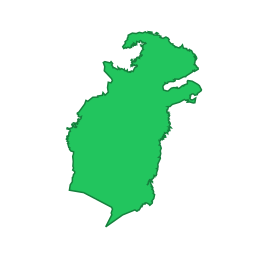 outline of Konawe Selatan, Sulawesi Tenggara, Indonesia, rotated 296°
{"feature_id": "22746128B90195550492320", "entity_name": "Konawe Selatan", "entity_type": "district", "adm_level": 2, "iso_a3": "IDN", "parent_name": "Indonesia", "parent_adm1": "Sulawesi Tenggara", "projection": "orthographic", "projection_center": [122.598, -4.26], "detail": "fine", "context": "isolated", "style": "filled", "palette": "green", "viewbox_px": 256, "rotation_deg": 296, "n_neighbors": 0, "source": "geoboundaries", "source_scale": "gbopen_adm2", "svg_char_len": 5937}
<svg xmlns="http://www.w3.org/2000/svg" viewBox="0 0 256 256"><g transform="rotate(296 128 128)"><path d="M68.1,181.5L71.0,182.7L72.4,182.3L72.6,181.4L75.9,182.1L79.8,181.1L80.3,179.3L81.8,179.1L83.2,177.7L83.5,175.8L83.7,177.0L85.0,176.2L85.8,174.6L85.2,174.1L85.9,174.4L85.9,175.6L88.2,172.6L89.7,172.3L89.2,172.0L89.1,171.3L89.4,172.1L89.5,171.3L90.4,171.8L90.1,170.4L88.3,170.1L86.7,170.7L84.9,170.0L86.9,170.5L88.8,169.9L91.0,170.1L90.9,171.2L91.5,171.7L92.1,171.6L92.0,170.8L92.2,172.1L94.6,172.9L96.7,172.3L96.4,173.2L96.9,173.0L97.5,174.1L99.0,174.0L100.0,173.3L103.8,172.8L104.1,171.6L104.8,172.4L106.5,171.9L108.6,170.6L114.9,170.4L115.6,169.9L115.2,168.5L116.7,169.2L119.3,168.7L121.7,167.0L124.4,166.7L126.6,164.6L126.4,163.5L128.1,163.7L130.5,161.4L130.9,162.6L132.3,162.1L132.4,163.8L132.9,163.7L133.6,164.8L134.2,164.2L133.6,163.0L135.3,162.9L135.2,164.5L136.4,165.9L137.2,165.0L136.9,164.4L137.4,164.5L136.6,163.2L137.5,162.9L139.0,163.5L139.8,163.0L139.8,164.1L140.8,164.8L140.4,166.1L141.7,165.4L142.9,165.8L143.3,165.1L144.1,166.7L144.9,166.0L145.0,164.9L146.3,165.4L146.5,164.6L147.1,166.7L147.6,165.7L147.0,164.8L148.3,164.1L150.1,164.2L150.9,163.5L150.2,161.9L151.4,162.9L152.6,161.0L153.5,160.6L154.2,161.1L154.7,159.8L157.3,159.9L157.3,158.8L158.7,159.1L158.8,157.2L159.9,157.7L159.5,156.1L158.8,156.1L161.2,155.0L161.7,155.6L164.7,155.1L164.7,154.5L165.7,156.3L168.7,157.5L173.8,163.0L178.3,166.1L178.1,167.8L179.2,169.0L178.6,169.7L179.4,170.1L178.6,170.8L177.8,169.7L177.1,169.8L178.4,171.9L179.1,175.7L180.0,177.0L184.6,175.7L181.5,173.7L181.0,172.2L181.9,170.3L182.6,170.6L184.3,169.5L184.4,170.1L185.0,169.8L186.8,170.7L187.3,172.1L186.7,173.7L188.4,175.7L189.2,175.2L193.5,177.4L194.5,177.3L197.3,173.6L197.8,171.5L198.2,165.2L196.9,161.0L196.1,160.8L193.8,162.0L191.4,159.7L190.3,159.6L190.5,158.9L189.8,158.3L186.1,156.6L185.4,155.4L186.2,154.5L185.7,153.6L185.1,153.8L184.5,151.6L182.8,149.5L179.1,148.0L178.3,146.9L177.7,143.3L180.4,141.2L182.1,141.1L183.5,142.0L184.9,141.4L184.9,143.1L185.6,143.9L186.7,143.8L188.2,145.5L189.7,148.6L190.8,149.5L191.6,149.3L191.3,149.0L191.5,148.4L191.8,149.3L192.6,148.7L194.1,152.3L198.6,155.7L199.4,157.4L200.5,157.5L206.3,161.1L207.6,161.6L208.4,160.6L208.0,162.5L208.9,162.6L208.3,163.1L211.6,165.3L212.7,164.7L212.9,162.7L213.4,162.7L214.7,159.8L214.0,160.1L214.0,159.7L215.0,159.8L219.3,158.3L219.0,159.1L220.4,159.3L220.7,156.9L221.1,157.0L221.6,155.3L221.2,157.8L221.7,158.4L223.5,155.5L223.3,154.0L225.3,151.3L225.4,150.1L224.4,149.7L225.3,148.7L223.9,148.1L224.4,146.2L225.1,145.9L224.0,142.8L226.6,140.5L224.0,139.9L223.8,139.3L222.9,139.5L222.2,138.2L222.0,135.5L221.3,135.0L222.1,134.1L222.3,131.9L223.2,131.5L222.6,129.8L223.8,126.9L224.8,126.0L225.5,126.2L226.3,124.7L226.4,122.2L223.9,120.2L223.6,117.6L224.5,117.4L224.1,117.0L224.7,117.0L225.0,115.1L223.0,110.4L223.4,109.1L222.4,105.4L222.7,104.2L221.7,102.7L222.0,101.4L219.7,99.5L218.9,96.2L216.5,94.0L215.2,90.3L211.5,87.5L209.4,88.3L208.4,88.0L207.4,88.8L204.2,87.5L203.1,88.6L198.7,87.6L197.6,89.4L199.3,90.4L198.9,91.3L200.6,92.6L200.8,94.7L201.7,94.9L202.0,95.7L202.6,95.2L203.9,95.6L204.0,94.9L205.3,95.8L205.6,95.5L206.1,96.3L205.2,97.5L205.6,98.2L206.9,96.4L206.8,99.2L209.6,97.9L210.1,100.8L211.2,100.3L212.1,101.0L211.4,103.4L210.1,103.1L211.7,104.3L211.6,105.6L212.3,106.2L211.9,107.0L209.8,105.3L208.7,105.3L208.3,103.5L207.8,104.4L207.2,104.3L207.2,106.0L205.9,106.3L205.3,107.4L204.0,106.6L200.1,106.5L199.2,107.2L199.8,108.6L199.5,108.8L198.5,108.5L198.9,107.7L198.4,108.1L198.0,107.1L196.6,107.6L196.3,106.5L195.6,107.4L195.2,105.1L193.7,105.0L193.0,104.2L193.0,105.7L191.2,105.6L190.9,106.1L191.8,103.9L191.1,103.8L191.2,104.4L190.9,104.7L190.9,104.2L190.0,104.5L189.5,102.7L188.6,102.5L188.0,103.8L186.0,103.0L184.8,103.7L186.4,104.5L186.1,104.9L186.8,104.8L187.6,106.0L187.0,106.3L187.4,107.5L188.4,108.0L188.3,108.9L187.3,109.2L184.8,107.6L181.0,107.8L180.8,106.3L179.1,105.8L179.0,105.4L178.5,105.7L178.9,105.3L180.3,105.8L178.7,104.3L178.3,102.9L179.8,101.9L178.5,101.5L178.3,100.0L177.7,100.4L179.2,99.0L178.5,98.9L178.6,96.3L177.1,95.3L178.0,94.5L177.9,93.9L177.6,94.7L177.3,94.6L178.1,92.6L176.7,93.6L175.9,93.0L176.2,89.5L175.6,88.0L176.6,87.5L177.4,85.7L179.2,85.9L180.2,83.7L178.7,83.4L177.5,78.1L176.0,77.1L173.0,80.2L169.0,81.6L165.1,91.7L163.7,93.2L161.1,92.9L160.5,90.2L155.3,91.9L151.5,94.6L147.5,93.0L148.9,90.0L146.1,90.6L143.4,86.7L142.5,87.3L140.2,82.9L134.4,80.2L134.4,78.1L130.6,78.6L120.9,76.9L119.1,75.9L118.3,76.4L118.4,77.7L116.8,78.1L116.6,78.8L116.9,80.4L117.9,81.1L115.9,81.6L114.3,81.0L114.7,79.8L113.8,79.1L113.1,79.9L112.4,79.8L112.4,80.7L110.7,79.8L109.9,81.0L109.3,80.9L109.4,79.4L108.3,78.4L109.2,78.2L108.8,77.0L107.2,78.4L107.7,79.4L106.3,80.2L106.7,81.2L105.9,81.4L105.2,80.1L105.8,77.7L107.2,76.1L106.4,76.0L105.0,77.8L103.6,77.6L101.7,75.4L101.5,73.3L100.5,73.5L101.1,76.4L99.7,77.7L98.5,76.8L95.2,77.9L93.8,76.7L92.8,77.3L93.4,77.9L91.4,77.5L91.7,78.6L90.8,78.2L90.7,79.0L89.4,79.0L89.4,80.6L87.7,80.5L87.7,81.2L87.4,80.9L84.5,83.4L84.7,84.3L83.2,84.8L82.3,86.8L82.8,89.5L80.8,90.4L78.3,90.7L73.9,93.5L69.5,95.2L68.2,96.6L66.0,96.7L65.5,99.2L64.1,99.9L62.2,99.4L59.9,100.1L59.2,99.7L55.3,101.5L51.7,101.0L46.4,102.6L50.5,116.5L49.6,147.9L48.3,149.6L44.2,150.2L42.9,151.5L29.4,151.3L47.6,161.3L57.4,170.1L57.1,172.3L57.7,173.0L58.9,173.2L59.3,174.0L63.0,174.2L63.3,175.0L63.9,175.0L63.9,174.3L65.3,174.9L65.9,174.5L67.2,176.6L68.2,175.6L67.8,176.6L68.7,177.0L68.8,179.9L68.1,181.5ZM224.0,105.6L223.5,105.7L223.9,107.0L224.8,108.1L224.0,105.6ZM225.3,111.4L225.7,113.0L226.2,113.4L226.3,111.9L225.3,111.4ZM191.4,101.4L190.3,101.0L190.0,102.2L191.2,101.8L191.4,101.4ZM223.6,104.5L223.3,105.3L223.6,105.4L223.8,105.1L223.6,104.5ZM90.7,173.4L90.8,172.6L90.3,173.6L90.7,173.4ZM204.4,96.1L204.0,96.2L203.8,96.7L204.1,96.8L204.4,96.1ZM208.1,103.1L207.5,103.0L208.1,103.3L208.1,103.1Z" fill="#22c55e" stroke="#15803d" stroke-width="1.5"/></g></svg>